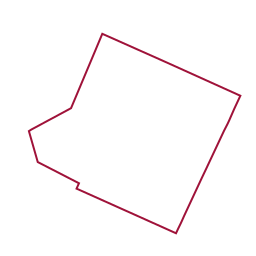 Lawrence, Pennsylvania, United States of America (orthographic projection), rotated 205°
{"feature_id": "52423323B652834894573", "entity_name": "Lawrence", "entity_type": "district", "adm_level": 2, "iso_a3": "USA", "parent_name": "United States of America", "parent_adm1": "Pennsylvania", "projection": "orthographic", "projection_center": [-80.414, 40.99], "detail": "fine", "context": "isolated", "style": "outline", "palette": "rose", "viewbox_px": 256, "rotation_deg": 205, "n_neighbors": 0, "source": "geoboundaries", "source_scale": "gbopen_adm2", "svg_char_len": 511}
<svg xmlns="http://www.w3.org/2000/svg" viewBox="0 0 256 256"><g transform="rotate(205 128 128)"><path d="M216.5,83.3L195.4,59.0L149.1,57.2L149.0,51.3L96.2,52.1L40.0,52.9L40.0,58.0L39.9,63.8L39.9,66.4L40.0,72.0L40.0,76.8L40.0,80.7L40.0,82.4L40.0,82.9L40.0,88.1L40.0,113.7L39.9,124.8L39.9,129.3L39.8,166.1L39.5,174.0L39.5,176.4L39.5,177.3L39.5,177.6L39.5,177.8L39.8,190.2L39.8,204.7L122.2,203.7L191.1,202.5L190.4,184.9L188.0,121.9L214.9,85.8L216.5,83.3Z" fill="none" stroke="#9f1239" stroke-width="2"/></g></svg>